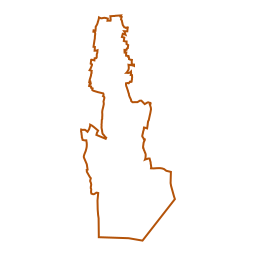 Chichimilá, Yucatán, Mexico (Equal Earth projection)
{"feature_id": "50627088B30666786900791", "entity_name": "Chichimilá", "entity_type": "district", "adm_level": 2, "iso_a3": "MEX", "parent_name": "Mexico", "parent_adm1": "Yucatán", "projection": "equal_earth", "projection_center": [-88.19, 20.466], "detail": "fine", "context": "isolated", "style": "outline", "palette": "amber", "viewbox_px": 256, "rotation_deg": 0, "n_neighbors": 0, "source": "geoboundaries", "source_scale": "gbopen_adm2", "svg_char_len": 5680}
<svg xmlns="http://www.w3.org/2000/svg" viewBox="0 0 256 256"><path d="M174.9,199.1L174.0,196.4L171.1,186.0L170.6,183.1L170.7,178.9L170.9,171.9L166.3,170.8L164.1,169.1L162.7,168.6L162.0,168.4L160.5,168.2L160.0,168.1L156.2,168.2L155.2,168.3L154.7,168.3L153.7,168.4L151.0,168.3L151.2,167.1L151.0,165.2L150.7,163.7L150.6,162.2L150.1,160.6L149.6,158.5L148.1,158.5L147.4,158.9L146.6,159.0L146.1,159.2L145.7,159.4L145.4,159.3L145.0,159.5L145.4,158.4L145.4,158.1L145.5,157.7L145.6,156.7L145.6,155.8L145.7,155.5L145.7,154.8L145.6,154.1L145.3,153.1L145.0,152.7L145.0,152.4L144.7,151.8L144.4,150.9L144.3,150.7L143.9,150.0L143.8,149.5L143.3,147.7L143.1,147.7L143.1,146.5L143.6,142.7L144.1,141.4L144.7,140.2L144.8,139.4L144.7,139.2L143.9,139.4L143.4,138.1L143.2,137.8L142.3,136.5L142.3,136.0L142.3,135.4L142.5,134.8L142.6,134.0L142.8,133.7L142.9,133.0L143.0,132.5L143.2,131.4L143.5,130.5L143.6,130.2L143.8,129.7L143.8,128.9L143.9,128.0L144.0,127.5L145.0,127.7L145.6,127.9L145.8,128.0L146.2,128.1L147.1,128.4L147.7,124.6L147.8,123.3L148.1,121.3L148.7,120.3L148.9,119.5L149.8,115.3L150.3,113.1L151.0,109.2L150.8,107.5L150.5,106.6L150.4,106.1L150.1,105.3L149.8,104.5L150.6,103.8L150.5,103.0L150.0,102.8L148.7,102.6L148.2,102.3L147.8,102.4L146.9,102.8L146.6,103.0L144.7,104.1L141.4,100.7L139.8,100.7L137.5,102.1L132.5,102.2L131.2,101.0L131.0,99.7L130.8,99.3L130.3,98.2L129.7,97.0L129.3,95.9L129.2,95.5L129.0,95.1L128.9,94.0L128.9,93.7L128.6,93.2L128.4,92.5L128.1,91.6L128.0,90.9L127.8,90.5L127.8,90.3L127.6,89.9L127.5,89.5L127.1,88.4L126.9,87.6L126.7,87.1L126.5,86.7L126.2,85.9L126.1,85.2L126.0,84.7L126.0,83.3L127.8,83.0L128.0,83.1L128.3,83.1L128.5,83.2L128.7,83.3L129.3,82.6L129.7,82.0L129.9,82.0L130.0,81.7L130.4,81.7L130.6,81.8L131.1,81.9L131.3,81.7L131.6,81.6L131.6,81.4L131.6,81.1L131.7,80.4L131.9,79.9L131.9,79.3L132.0,79.1L131.9,78.7L132.1,77.8L132.1,77.0L132.0,75.1L130.8,75.0L130.9,74.7L130.9,74.4L131.0,73.9L131.1,73.1L131.0,71.5L130.5,72.0L129.3,72.8L128.6,72.9L128.0,73.0L127.9,72.9L127.3,72.8L127.0,72.8L126.9,72.8L126.4,72.8L126.8,72.4L127.5,71.4L127.7,71.0L127.8,70.8L128.3,70.1L128.4,69.9L128.5,69.5L128.6,69.3L128.8,68.0L128.7,66.7L128.7,66.1L128.6,65.8L128.5,64.8L128.9,64.9L129.2,64.9L129.7,64.9L130.5,65.1L131.0,65.1L131.6,65.1L132.3,65.4L132.5,65.4L133.2,65.6L133.5,65.7L133.8,65.7L134.0,65.8L134.0,64.6L133.4,64.6L133.2,64.5L132.2,64.3L131.9,64.2L131.6,64.2L131.6,63.8L131.8,63.2L131.7,61.6L131.9,59.9L130.4,59.7L129.0,59.1L128.9,57.2L128.3,57.0L128.4,56.0L126.1,55.7L126.1,53.7L126.3,52.6L124.6,52.6L124.5,51.3L124.5,50.1L125.4,50.4L125.5,49.8L126.3,49.9L126.7,49.7L126.9,48.6L127.4,48.0L127.8,48.0L128.2,45.1L126.5,44.0L126.6,41.5L125.2,41.4L123.8,41.0L124.3,37.6L121.9,37.0L122.8,33.8L124.6,34.3L125.5,34.7L124.5,31.8L124.1,31.2L125.8,31.3L127.3,31.3L127.5,29.0L127.8,27.5L127.4,27.4L127.3,27.5L126.1,27.7L125.9,27.9L125.7,27.9L125.5,27.7L125.0,27.4L124.3,27.3L122.8,25.0L122.4,23.3L122.1,22.0L121.8,20.4L121.0,19.4L121.3,18.1L121.5,17.5L121.7,17.0L120.5,16.6L121.1,15.4L115.1,15.8L114.7,16.0L114.0,16.0L113.6,16.0L111.7,16.1L111.3,16.2L111.0,16.2L110.4,16.2L110.5,17.2L110.5,18.5L110.7,19.2L110.6,20.2L110.5,20.7L110.3,20.7L109.6,20.6L109.2,20.7L108.1,20.6L107.5,20.7L107.8,18.6L107.4,18.5L106.3,18.1L105.4,18.0L104.8,17.8L103.8,17.9L102.9,18.0L102.3,18.2L101.1,18.3L99.5,17.7L99.0,17.4L98.9,18.0L98.8,18.7L98.7,19.2L98.1,21.2L97.8,22.0L97.8,22.4L97.1,24.4L95.7,26.8L95.7,28.3L95.5,30.6L93.6,30.3L93.5,31.0L93.4,31.7L94.8,31.9L95.1,32.9L95.2,33.4L95.2,34.0L94.9,36.4L94.8,38.7L94.5,40.1L93.5,46.8L94.9,47.0L94.6,50.7L96.3,50.6L97.5,50.2L97.3,52.8L96.8,54.2L96.7,57.4L96.5,57.8L96.2,58.1L95.5,58.1L94.6,58.3L94.4,60.4L91.8,59.7L91.2,59.8L90.7,63.7L92.0,64.4L92.0,64.9L91.8,65.5L90.6,68.5L89.6,70.2L91.7,70.8L91.4,72.8L91.6,73.0L91.1,74.3L91.0,75.6L89.7,79.8L89.3,81.8L90.3,81.5L90.7,83.1L90.8,83.7L90.4,84.1L89.7,83.9L89.1,86.0L91.1,86.5L91.1,87.8L92.6,88.4L92.3,89.1L92.2,89.9L93.1,90.6L93.9,90.9L97.8,92.1L103.2,93.4L103.5,94.2L103.6,95.1L103.0,96.1L104.2,97.0L104.4,97.9L103.5,101.5L103.7,102.7L103.8,104.1L103.1,107.4L102.4,110.2L102.2,111.9L102.2,112.9L102.3,113.8L102.3,114.1L102.3,115.0L102.3,116.2L102.2,116.7L102.2,117.3L102.2,117.6L102.2,118.1L102.2,118.7L102.1,119.3L101.9,119.5L101.8,120.0L101.7,122.9L101.6,124.0L101.5,124.6L101.6,125.1L101.6,125.8L101.5,127.6L101.8,129.3L102.0,130.1L102.1,130.8L102.1,131.4L102.2,131.7L102.3,132.2L102.4,133.1L102.8,134.0L103.0,134.3L103.4,134.6L103.5,134.7L103.9,135.2L104.2,135.5L104.6,136.2L105.1,136.7L105.4,137.1L106.2,137.7L105.7,138.8L96.4,134.9L97.0,132.7L98.1,130.6L94.2,127.3L93.3,126.6L91.8,125.5L90.2,124.7L90.2,125.5L90.0,126.3L89.1,129.2L87.5,131.8L86.9,131.3L86.3,130.7L85.6,130.3L85.4,130.1L84.9,129.8L84.6,129.8L83.6,129.8L83.0,129.9L81.9,129.8L81.2,129.5L81.1,129.9L81.2,130.4L81.1,131.1L81.1,131.4L81.1,131.7L81.3,132.2L81.4,132.8L81.5,133.0L81.5,133.6L81.5,134.1L81.7,135.0L81.8,135.9L81.9,137.2L81.9,137.6L82.1,137.9L82.4,139.0L82.6,139.9L83.1,140.0L84.2,140.3L86.3,140.3L86.5,141.8L86.7,142.7L86.8,144.7L86.7,146.8L86.4,148.4L85.7,151.0L84.4,154.2L84.0,155.5L83.9,155.9L83.8,156.7L83.9,157.5L86.8,164.3L87.6,169.6L86.7,169.9L86.8,170.6L86.8,171.3L86.9,171.8L87.2,172.4L89.7,176.8L90.0,177.2L90.8,178.2L90.1,181.0L90.4,181.5L90.5,182.1L90.8,182.6L91.0,183.5L91.2,184.3L91.0,186.2L90.8,186.8L90.8,188.3L91.0,188.6L91.2,189.2L91.2,189.8L91.1,190.7L91.1,191.4L91.0,192.0L91.1,192.3L91.4,193.6L91.6,193.7L91.8,193.8L92.3,193.9L92.7,194.1L93.1,194.2L93.6,194.2L94.1,194.1L94.8,193.7L95.1,193.5L95.8,193.1L96.3,192.7L97.0,192.7L98.2,193.0L97.6,199.4L97.5,200.5L97.7,209.6L98.1,214.8L98.6,218.3L98.8,235.3L98.8,237.2L128.6,238.2L142.5,240.6L174.9,199.1Z" fill="none" stroke="#b45309" stroke-width="2"/></svg>